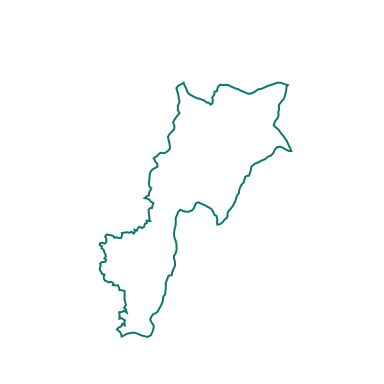 Maracaí, São Paulo, Brazil (Mercator projection), rotated 326°
{"feature_id": "56859067B30371822496269", "entity_name": "Maracaí", "entity_type": "district", "adm_level": 2, "iso_a3": "BRA", "parent_name": "Brazil", "parent_adm1": "São Paulo", "projection": "mercator", "projection_center": [-50.769, -22.657], "detail": "fine", "context": "isolated", "style": "outline", "palette": "teal", "viewbox_px": 384, "rotation_deg": 326, "n_neighbors": 0, "source": "geoboundaries", "source_scale": "gbopen_adm2", "svg_char_len": 4121}
<svg xmlns="http://www.w3.org/2000/svg" viewBox="0 0 384 384"><g transform="rotate(326 192 192)"><path d="M331.2,157.0L329.3,154.7L326.9,151.3L325.0,149.7L322.4,148.7L319.2,148.0L315.1,146.6L311.4,146.0L307.7,145.4L304.2,143.9L302.4,143.8L299.5,144.1L295.6,143.2L293.6,142.0L291.7,139.2L290.5,137.1L289.1,135.4L288.2,133.1L286.5,131.2L284.4,128.0L283.2,126.1L282.3,124.2L279.6,121.8L277.0,120.5L275.5,118.8L272.8,119.2L270.4,120.9L268.8,122.4L266.7,121.4L265.1,123.6L261.5,125.0L260.5,127.6L258.6,129.8L256.4,130.1L255.9,127.5L254.2,126.1L253.2,122.8L252.1,121.5L251.0,119.5L248.4,116.9L245.8,112.1L244.4,109.3L244.2,107.4L244.3,105.5L245.2,102.7L245.3,99.8L246.2,96.8L243.9,96.7L240.1,96.2L237.1,97.2L235.9,100.8L235.0,103.6L233.3,107.3L232.5,109.8L231.1,110.9L228.6,112.5L226.0,116.3L225.8,119.6L221.7,120.8L218.6,122.0L215.4,123.5L214.2,127.7L212.3,130.0L205.7,131.4L202.8,132.9L200.5,139.0L198.9,142.5L197.2,144.1L193.6,144.6L190.9,144.5L188.1,142.0L186.0,141.9L183.2,142.6L179.1,142.6L178.7,146.4L178.8,149.8L177.4,151.7L173.5,151.3L171.6,151.3L168.6,152.3L166.5,154.2L164.5,156.8L161.9,159.8L160.8,161.3L159.8,164.0L160.3,166.3L158.5,167.3L156.4,168.2L154.6,170.6L152.1,170.2L149.3,170.6L151.1,172.3L152.4,174.6L152.5,177.3L153.8,179.5L151.6,181.2L150.0,182.9L148.1,181.9L146.0,182.5L144.5,185.1L142.6,188.9L141.3,190.8L141.1,192.7L139.7,191.6L138.2,190.4L137.2,192.5L135.1,192.1L132.6,194.2L130.4,193.9L129.2,191.5L126.8,191.6L124.8,193.3L123.2,191.1L122.1,193.3L120.3,193.8L119.7,191.2L117.4,190.8L115.8,189.2L113.6,188.0L110.9,186.8L110.1,188.6L107.4,190.5L104.9,188.6L103.9,187.0L102.0,186.5L102.1,184.2L100.5,182.4L98.8,180.8L97.5,179.5L95.2,180.3L94.9,182.3L94.2,184.0L92.5,185.9L90.4,185.8L89.5,184.0L87.0,183.0L85.8,184.7L87.0,186.6L85.5,188.1L86.4,190.4L85.7,192.7L85.3,195.4L84.5,197.3L82.3,198.0L83.1,199.7L81.6,201.3L79.7,200.7L78.1,199.7L75.6,200.1L75.2,202.0L73.4,203.2L72.0,204.9L72.0,206.9L71.7,209.9L73.3,211.5L71.5,212.6L70.5,214.5L70.3,216.8L71.8,218.8L72.5,220.5L74.8,221.2L75.7,223.8L74.2,225.0L76.4,226.6L78.5,228.0L77.9,230.5L77.0,232.7L78.9,234.3L80.8,236.3L78.2,240.1L75.9,243.5L74.1,248.7L70.9,250.0L71.6,252.3L70.5,255.5L69.3,252.5L66.8,252.3L64.4,251.0L62.7,254.3L61.0,256.4L62.8,256.9L64.6,260.9L62.8,262.4L61.7,264.9L60.5,262.3L58.4,263.9L55.4,263.4L52.9,264.0L54.1,268.0L53.7,270.4L52.8,272.5L55.6,272.9L58.1,273.1L60.2,273.7L64.2,275.5L65.6,276.6L67.2,278.4L70.0,282.8L74.0,287.3L77.6,287.8L82.1,285.1L85.0,282.3L85.6,280.0L85.5,277.4L86.0,274.4L88.4,272.8L91.4,271.6L94.0,272.1L96.1,272.1L97.9,271.2L99.7,270.4L101.7,269.3L103.3,268.6L106.6,266.2L109.6,262.8L112.8,261.6L114.3,259.6L115.9,257.7L117.8,255.2L119.4,252.7L123.0,250.2L125.8,248.3L128.9,249.6L130.6,247.5L132.7,246.2L134.5,244.9L136.7,243.7L138.2,241.2L139.1,239.7L139.8,237.2L141.4,234.8L144.1,233.8L147.2,231.0L148.5,228.7L150.1,226.3L151.0,223.9L151.6,221.7L152.1,219.4L153.1,217.6L154.8,215.3L157.0,212.8L158.5,211.6L160.1,210.1L161.5,208.1L163.9,204.5L166.4,203.0L169.3,200.8L172.3,200.1L173.4,201.9L174.9,203.9L176.9,205.7L178.7,206.6L181.4,207.2L183.3,207.0L185.4,206.0L187.3,204.5L189.3,203.5L191.5,204.1L192.9,206.5L195.6,210.9L197.0,213.7L198.6,216.9L198.4,220.5L197.9,223.5L198.9,225.6L197.5,229.2L195.7,231.0L194.8,233.4L197.2,234.3L200.4,234.2L203.1,233.2L207.2,232.7L208.3,231.3L210.2,228.9L212.4,228.1L217.5,226.6L219.6,225.6L222.0,224.3L224.3,222.6L226.7,220.6L228.2,219.7L230.2,219.2L231.5,217.6L233.6,215.7L236.8,213.8L240.4,212.8L244.6,209.2L247.0,209.5L248.5,210.4L253.0,206.7L255.2,204.3L259.3,203.7L261.9,204.1L264.3,204.7L266.4,204.6L269.3,205.4L271.8,205.6L274.4,205.1L278.0,206.0L281.4,205.1L284.0,203.4L285.9,202.7L288.2,202.6L290.4,203.7L292.2,206.3L293.0,208.4L294.0,210.3L295.4,212.4L297.3,213.5L297.8,211.1L298.2,208.5L298.7,204.9L299.2,202.8L299.1,200.5L299.1,196.5L298.6,193.5L298.6,191.4L298.6,188.4L297.4,184.7L297.1,182.2L298.7,181.2L300.6,179.8L302.8,179.0L304.6,178.5L306.8,176.7L308.0,174.3L310.7,171.8L312.4,168.7L313.9,168.0L317.4,166.8L320.2,166.1L323.0,164.1L325.0,162.2L326.3,161.0L328.1,159.0L329.4,157.4L331.2,157.0Z" fill="none" stroke="#0f766e" stroke-width="2"/></g></svg>